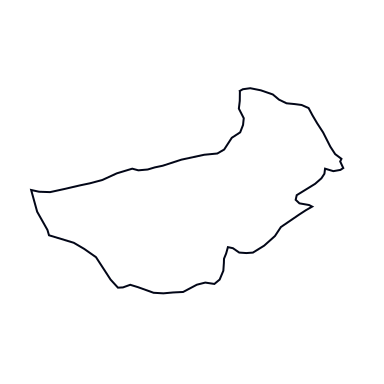 Bollnäs, Gävleborg, Sweden (Albers equal-area conic projection), rotated 57°
{"feature_id": "70781695B36702634985897", "entity_name": "Bollnäs", "entity_type": "district", "adm_level": 2, "iso_a3": "SWE", "parent_name": "Sweden", "parent_adm1": "Gävleborg", "projection": "albers", "projection_center": [16.411, 61.335], "detail": "fine", "context": "isolated", "style": "outline", "palette": "ink", "viewbox_px": 384, "rotation_deg": 57, "n_neighbors": 0, "source": "geoboundaries", "source_scale": "gbopen_adm2", "svg_char_len": 1206}
<svg xmlns="http://www.w3.org/2000/svg" viewBox="0 0 384 384"><g transform="rotate(57 192 192)"><path d="M245.6,48.6L238.2,51.3L229.3,51.3L213.4,49.6L202.4,49.6L193.2,49.2L185.1,48.5L178.7,52.7L174.1,58.1L169.1,64.4L162.0,68.7L154.2,71.1L144.2,78.9L136.7,86.6L133.5,93.4L133.3,96.9L133.5,96.9L141.6,102.3L147.6,107.3L158.3,108.4L163.6,112.7L168.2,119.1L168.2,129.1L173.9,141.9L173.5,149.8L167.4,161.5L159.1,183.3L154.0,202.3L151.1,209.8L149.0,216.9L144.6,225.2L139.9,229.4L135.4,244.9L133.1,260.6L129.1,272.9L125.6,281.9L119.9,297.6L114.8,311.1L108.5,320.1L102.7,325.8L124.2,332.6L145.1,333.9L150.4,335.5L170.2,318.8L181.0,313.4L194.4,308.0L206.7,308.0L221.1,308.0L231.9,306.2L234.4,301.9L236.2,294.3L236.6,294.0L242.3,289.2L255.6,279.1L261.4,271.2L266.0,262.5L271.0,253.9L272.4,238.4L275.2,230.2L281.3,223.3L280.5,216.5L275.1,208.6L269.0,204.0L265.4,201.5L262.2,196.9L257.8,191.9L261.4,188.3L268.5,185.4L272.8,179.7L276.0,173.9L276.3,160.7L274.1,146.4L269.8,136.5L269.3,114.4L269.3,106.2L269.7,99.2L266.7,100.9L260.0,108.1L255.0,109.3L251.7,105.9L252.2,84.3L251.0,76.0L248.8,71.0L244.9,67.7L251.5,62.1L254.3,55.5L254.3,52.1L247.1,51.1L245.6,48.6Z" fill="none" stroke="#020617" stroke-width="2"/></g></svg>